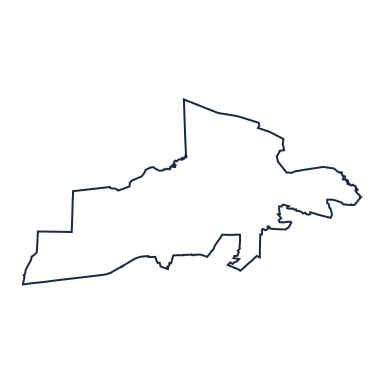 outline of Žīguru pag., Vilakas, Latvia
{"feature_id": "27541924B94505112001659", "entity_name": "Žīguru pag.", "entity_type": "district", "adm_level": 2, "iso_a3": "LVA", "parent_name": "Latvia", "parent_adm1": "Vilakas", "projection": "robinson", "projection_center": [27.752, 57.307], "detail": "fine", "context": "isolated", "style": "outline", "palette": "slate", "viewbox_px": 384, "rotation_deg": 0, "n_neighbors": 0, "source": "geoboundaries", "source_scale": "gbopen_adm2", "svg_char_len": 5727}
<svg xmlns="http://www.w3.org/2000/svg" viewBox="0 0 384 384"><path d="M31.3,259.1L30.4,261.1L29.2,263.3L25.8,269.8L25.4,271.0L25.2,273.5L24.9,274.1L24.6,274.6L24.2,274.9L23.8,275.0L24.2,276.6L24.4,276.6L24.3,278.1L23.9,279.7L23.0,283.8L23.1,284.5L31.1,283.3L37.9,282.6L44.8,281.9L53.5,280.7L102.6,274.9L105.8,274.4L109.4,273.2L109.8,273.3L111.0,272.8L110.9,272.6L117.1,269.1L119.0,268.0L122.1,266.7L122.7,266.2L122.3,266.0L124.3,265.0L131.2,260.9L135.4,258.5L137.2,257.8L138.7,257.3L140.2,256.9L142.7,256.5L144.3,256.3L148.5,256.1L148.5,257.1L155.3,256.9L156.8,261.4L157.7,262.9L159.6,262.7L160.5,266.0L160.7,266.5L167.9,269.1L168.0,268.6L167.8,268.2L167.4,267.8L167.5,267.6L168.0,267.4L167.9,267.2L167.4,266.9L167.4,266.7L167.5,266.5L167.7,266.4L168.3,266.2L168.5,265.9L169.3,265.2L169.5,264.8L169.3,264.1L169.5,262.9L171.1,263.2L171.8,260.6L173.3,255.4L178.7,255.2L179.0,255.3L183.6,255.2L183.7,254.8L187.4,254.9L191.8,254.5L192.0,255.2L194.8,255.1L194.9,254.7L199.4,254.6L201.9,254.9L207.1,256.9L209.5,254.1L210.4,253.0L211.0,251.7L212.0,250.8L212.8,249.8L213.7,248.8L214.2,247.4L214.5,246.5L215.4,244.8L217.9,241.2L219.8,238.8L220.7,237.1L222.3,234.6L227.5,234.9L232.1,234.9L235.1,234.8L235.5,234.6L240.0,234.7L240.0,236.8L240.1,237.5L239.9,244.1L239.4,246.6L239.9,248.5L237.8,250.7L238.8,252.1L237.4,255.8L234.4,256.0L233.8,257.7L233.5,258.1L239.1,259.1L236.5,261.7L234.7,262.1L232.6,263.9L230.3,262.4L227.8,265.0L234.3,267.6L234.2,267.8L237.4,268.9L238.9,269.7L240.1,270.6L240.3,270.7L244.4,267.3L247.5,264.3L250.4,261.8L250.6,261.8L253.3,259.3L253.5,259.2L254.5,258.0L256.8,256.0L259.8,257.5L259.8,252.0L260.1,241.3L260.3,234.9L260.8,234.7L260.6,234.5L261.2,234.4L261.9,234.4L262.0,232.5L262.1,229.8L262.0,229.7L262.6,229.1L262.8,229.0L263.8,229.3L264.2,229.5L265.0,230.2L265.6,230.1L266.4,229.8L267.2,229.3L267.8,228.4L267.9,228.1L267.7,227.4L267.6,226.7L268.2,226.4L268.9,226.4L269.2,226.6L269.4,226.9L269.9,228.3L270.9,228.8L280.1,229.3L285.3,229.5L286.5,229.0L286.9,228.2L288.2,227.8L288.6,227.4L291.3,222.6L290.5,221.7L285.5,222.0L284.7,222.4L279.7,222.2L278.7,220.4L281.2,218.1L280.4,217.3L278.1,214.3L279.9,214.2L279.4,211.6L279.1,209.1L279.2,206.3L281.6,206.5L282.9,204.6L288.7,206.2L287.4,206.9L287.2,208.2L289.0,208.7L291.0,208.5L291.6,209.0L292.7,208.4L293.5,208.9L295.0,209.7L296.0,209.4L296.4,210.7L300.8,211.5L303.2,213.5L305.3,212.7L305.8,213.7L307.9,214.7L310.3,214.2L310.3,212.3L316.6,214.1L316.7,214.3L325.6,216.6L328.8,217.4L330.7,217.8L332.0,214.8L331.5,212.3L330.7,209.3L330.5,208.4L329.4,207.8L328.9,205.1L328.8,204.1L327.2,203.1L327.2,199.7L332.2,199.7L335.8,200.5L339.0,201.6L342.1,202.8L342.9,204.1L343.4,204.4L344.2,204.4L350.8,205.1L351.0,205.0L351.2,204.8L351.3,204.5L351.9,204.8L352.8,205.1L354.8,204.7L356.0,203.1L358.9,199.5L359.0,199.4L361.0,197.2L360.2,197.0L359.8,196.7L359.8,195.9L359.9,195.7L359.1,194.8L357.6,193.7L355.6,191.0L355.5,190.5L355.6,190.4L356.1,190.5L356.6,190.5L357.0,190.4L357.4,190.1L357.5,189.8L357.6,189.3L356.6,189.1L355.8,188.6L355.9,188.2L355.7,187.7L356.0,187.3L356.0,187.2L355.9,186.9L355.7,186.6L355.3,186.3L355.2,186.1L353.7,185.5L352.9,184.8L352.4,184.8L352.2,185.0L351.9,185.4L351.6,185.5L351.0,185.3L350.0,185.0L349.6,184.4L349.5,184.2L349.5,183.8L349.1,183.7L348.9,183.4L348.6,183.4L348.5,183.5L348.6,183.9L348.6,184.1L348.0,184.3L347.5,184.0L347.4,183.7L347.3,183.2L347.5,182.5L347.5,182.4L347.8,182.4L348.0,181.9L347.5,181.6L346.9,181.5L346.7,181.3L346.9,181.1L347.8,180.9L348.0,180.8L347.9,180.5L347.8,180.4L347.5,180.3L346.8,180.3L346.6,180.1L346.5,179.9L346.4,179.8L345.9,179.8L345.7,179.9L345.3,179.7L345.3,179.3L345.1,179.2L344.5,179.2L344.2,179.3L343.9,179.3L343.7,179.5L343.4,179.6L343.0,179.5L342.8,179.3L342.8,179.1L343.3,178.7L343.6,178.6L344.1,178.7L344.4,178.6L344.5,178.3L344.4,178.0L344.1,177.6L343.8,177.5L343.6,177.2L343.9,177.1L344.6,176.9L345.0,176.7L345.0,176.4L344.6,176.2L343.6,176.2L342.4,175.5L342.3,175.2L342.4,174.9L342.4,174.7L342.3,174.2L342.2,174.1L341.4,173.6L341.4,173.4L341.6,172.9L341.2,172.7L341.4,172.3L338.7,172.3L333.9,168.5L323.3,166.9L301.0,170.3L299.1,170.8L295.4,171.2L291.8,172.8L286.5,172.5L277.9,161.6L276.8,156.3L280.0,151.0L279.9,150.8L281.8,150.4L282.9,150.3L284.0,150.3L284.2,150.1L283.9,148.9L283.5,146.9L282.7,144.4L283.4,139.0L269.5,131.8L258.0,128.0L259.3,125.4L258.7,122.8L250.6,120.2L237.1,116.1L218.1,113.0L183.9,99.5L185.1,134.7L185.9,153.3L185.9,153.5L186.0,155.4L185.5,155.5L185.6,155.9L186.5,156.4L186.0,157.5L185.8,157.6L184.7,157.3L184.3,157.4L184.1,158.7L183.7,158.8L183.2,158.6L182.3,158.1L181.9,158.0L181.7,158.2L181.8,158.4L182.7,158.9L182.7,159.4L182.2,159.7L181.7,159.7L180.5,159.4L178.7,159.6L178.1,160.0L177.0,161.2L176.6,161.3L176.3,161.2L175.5,160.6L175.2,160.7L174.2,161.6L174.1,162.1L174.2,163.3L174.5,163.8L174.1,164.3L173.7,164.5L173.1,164.5L172.6,164.7L172.5,165.0L173.3,165.0L175.4,165.0L175.6,165.1L175.7,165.3L175.4,165.6L174.8,166.2L175.0,167.0L174.8,167.0L174.1,166.9L173.0,166.8L172.4,166.7L171.1,166.5L170.2,166.8L170.1,167.1L170.4,168.4L170.3,168.6L169.9,168.8L169.7,169.4L168.7,169.0L167.0,169.1L166.6,168.7L166.4,168.7L165.6,169.3L165.2,169.4L164.0,169.3L163.7,169.6L163.3,170.3L160.9,170.6L159.7,170.7L159.1,170.7L158.2,170.1L155.1,168.6L154.2,167.8L153.2,167.1L150.6,167.5L145.6,169.9L145.5,170.1L144.6,172.5L141.8,176.2L141.7,176.4L141.6,176.5L141.2,176.6L131.9,180.6L131.6,180.8L129.7,183.1L129.7,183.4L129.6,186.4L118.3,190.5L117.3,189.7L115.0,188.5L113.3,188.6L110.6,188.2L110.2,187.8L110.0,187.0L76.2,190.8L73.1,191.1L72.9,193.0L73.1,193.3L72.7,200.1L72.4,212.7L71.7,232.0L70.1,232.0L60.8,231.8L37.9,231.5L37.5,239.5L36.8,252.3L34.1,255.0L33.3,255.7L31.8,256.5L31.4,257.2L31.3,257.7L31.5,258.3L31.3,259.1Z" fill="none" stroke="#1e293b" stroke-width="2"/></svg>